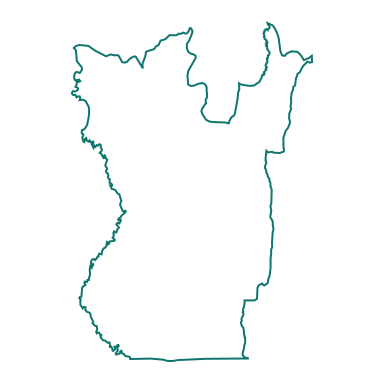 the district of Madimba, Bas-Congo, Democratic Republic of the Congo
{"feature_id": "63176286B8336769847246", "entity_name": "Madimba", "entity_type": "district", "adm_level": 2, "iso_a3": "COD", "parent_name": "Democratic Republic of the Congo", "parent_adm1": "Bas-Congo", "projection": "equal_earth", "projection_center": [15.601, -5.373], "detail": "fine", "context": "isolated", "style": "outline", "palette": "teal", "viewbox_px": 384, "rotation_deg": 0, "n_neighbors": 0, "source": "geoboundaries", "source_scale": "gbopen_adm2", "svg_char_len": 5803}
<svg xmlns="http://www.w3.org/2000/svg" viewBox="0 0 384 384"><path d="M82.0,130.0L81.6,132.2L82.0,133.6L83.1,134.2L83.4,135.2L82.3,137.5L83.3,141.5L84.4,142.1L84.9,139.0L86.1,138.0L86.8,140.5L88.5,141.6L89.5,140.4L90.5,142.1L93.3,141.6L93.3,143.4L92.0,143.4L91.6,144.1L93.5,147.7L94.1,145.5L94.9,147.1L95.8,146.6L96.7,145.1L98.1,145.6L99.3,144.2L100.6,144.9L100.9,147.6L101.9,149.6L101.6,150.9L99.7,152.8L101.2,153.7L104.0,158.9L104.0,155.8L104.5,155.3L105.2,155.9L105.6,158.0L107.2,159.9L105.3,165.1L105.5,166.1L107.0,168.1L107.0,169.3L106.1,170.4L105.9,171.6L106.4,172.7L107.9,173.5L108.3,175.7L107.9,177.1L108.6,178.6L109.9,179.3L109.5,181.8L110.0,183.4L111.1,183.5L112.2,184.8L111.9,185.7L110.2,185.7L111.8,188.9L115.2,189.9L117.4,193.3L119.3,194.3L121.3,200.8L120.1,204.3L120.4,205.8L122.8,211.1L123.7,211.6L124.9,210.7L125.5,210.9L125.8,211.8L121.2,216.1L120.6,217.3L118.4,218.6L118.2,219.7L118.5,220.3L120.6,219.7L120.9,220.7L119.3,223.4L117.7,222.9L116.3,224.2L119.0,227.5L117.2,229.5L116.4,232.4L115.7,232.6L114.0,231.4L113.3,233.3L114.0,235.2L112.6,238.0L114.6,239.3L114.8,240.1L114.3,240.7L109.6,241.5L108.7,244.2L108.1,244.4L108.0,242.6L107.0,242.0L106.3,246.2L105.1,247.7L103.4,248.6L102.0,251.5L101.7,254.3L99.3,253.6L98.5,255.2L98.6,256.5L97.5,256.6L96.6,258.5L95.1,260.1L94.1,259.1L92.0,259.5L90.9,262.2L91.2,263.1L90.9,264.7L91.9,265.0L92.9,264.0L93.3,265.0L92.4,266.0L91.7,267.8L90.9,266.6L90.1,266.5L89.7,270.2L90.1,275.2L89.3,276.5L88.9,280.0L87.5,279.9L86.9,282.0L84.7,281.6L84.5,283.2L85.5,284.9L83.2,286.3L82.2,287.7L81.4,296.4L80.8,297.4L79.7,297.2L79.3,298.2L80.7,300.0L80.3,301.1L80.4,304.9L82.8,308.4L83.6,307.0L85.4,307.1L85.4,310.1L86.9,311.8L89.5,312.7L90.3,313.6L90.8,316.7L93.2,321.6L92.5,322.9L93.0,323.8L93.8,324.1L94.6,325.7L96.7,326.1L97.2,329.2L96.2,331.9L96.9,333.3L98.1,332.5L99.1,332.7L100.0,334.6L101.1,334.7L101.4,335.7L100.7,336.1L100.5,337.4L103.2,340.4L105.4,340.7L107.7,342.8L109.4,342.4L109.9,344.1L109.9,346.9L111.1,346.5L112.2,348.3L112.6,350.6L113.2,350.9L115.3,349.0L114.5,346.8L116.3,346.8L117.5,345.2L118.4,345.0L118.6,346.1L117.8,346.6L117.5,347.8L117.7,350.8L115.7,353.3L116.3,354.6L119.7,353.6L120.5,351.1L121.4,350.8L122.1,353.5L123.8,353.9L124.8,355.6L125.9,356.2L129.0,356.6L129.9,357.2L130.2,359.0L150.8,358.6L163.5,359.7L167.4,360.9L172.7,361.0L177.8,360.1L205.6,358.8L248.7,358.5L244.0,357.0L242.7,354.9L242.6,353.5L244.1,347.9L244.3,344.9L245.1,343.3L245.2,337.6L244.4,336.8L244.6,335.6L243.9,334.1L244.0,331.9L243.2,327.4L242.0,326.3L241.0,323.4L241.1,322.0L241.8,320.9L241.4,319.0L243.7,313.8L242.6,312.1L243.2,311.3L243.1,308.6L243.8,307.6L244.6,302.9L244.6,300.4L254.7,300.4L257.0,298.8L257.5,287.7L258.5,285.5L262.1,283.5L263.6,285.2L264.6,285.4L267.6,283.1L268.6,278.0L269.5,276.3L270.6,267.5L270.6,258.2L271.3,252.5L271.0,251.1L271.6,248.2L272.2,247.4L272.0,242.9L272.7,232.0L273.5,229.5L272.7,224.4L272.8,222.2L271.9,219.6L270.5,218.1L270.3,216.5L271.3,210.6L270.4,205.9L271.3,203.7L271.7,189.9L270.4,185.8L270.4,182.8L269.6,181.2L269.2,178.5L268.0,177.0L267.3,174.1L266.1,172.0L266.3,170.5L265.0,168.0L264.9,166.7L266.1,163.3L266.2,161.7L265.6,160.9L265.6,158.2L266.4,150.8L268.1,152.4L272.1,151.8L273.8,152.7L279.8,153.0L283.4,151.7L284.1,150.6L283.5,147.2L283.4,137.9L285.8,130.6L287.9,128.1L289.9,122.9L289.9,121.4L289.1,118.2L289.3,113.6L291.0,109.2L290.6,105.5L291.2,103.0L291.0,98.3L291.7,92.5L293.0,90.2L293.3,87.0L295.1,85.3L296.0,78.0L297.1,76.1L297.4,74.1L299.7,72.3L303.1,66.0L307.4,61.7L309.9,62.7L312.1,62.0L311.8,55.8L309.1,57.9L303.9,60.1L300.4,54.6L297.5,51.9L291.5,51.3L286.5,53.7L284.7,55.9L282.0,55.3L280.3,50.9L278.8,38.6L277.5,34.2L275.0,28.7L272.8,25.5L267.5,23.0L267.9,24.4L269.2,25.8L269.7,27.6L268.3,29.3L267.6,29.2L267.6,29.7L266.9,29.0L265.7,30.1L265.2,29.8L265.0,30.6L264.3,30.8L264.5,31.8L263.8,33.0L264.1,33.0L263.8,33.8L264.3,35.1L264.0,36.4L264.5,37.1L264.1,37.3L264.7,39.0L266.6,40.3L267.4,42.7L266.9,42.9L267.0,44.6L266.6,44.1L266.7,44.7L266.3,44.7L266.7,45.2L266.2,46.0L266.9,46.2L267.4,48.6L267.1,49.0L269.6,52.2L269.4,53.9L268.8,55.3L268.0,55.3L267.9,57.0L267.0,58.3L267.6,58.7L266.9,60.0L267.4,60.8L267.3,62.3L266.6,62.8L266.7,63.5L266.2,63.8L265.5,65.5L266.6,66.8L266.3,66.9L266.5,68.4L265.9,68.4L266.1,69.6L265.7,69.5L264.7,72.0L263.9,72.1L263.7,73.2L263.9,73.7L264.3,73.3L264.3,74.1L263.7,74.1L263.6,75.0L262.1,75.1L261.8,77.2L259.4,81.8L254.3,85.4L250.0,85.9L245.4,85.3L240.7,84.4L239.0,83.3L239.3,89.5L238.1,92.4L237.6,98.8L234.9,113.4L233.9,115.6L231.3,117.4L229.3,121.2L228.8,123.3L225.4,122.5L212.4,122.0L209.1,121.4L206.0,119.7L202.4,114.1L201.4,111.4L201.9,109.2L205.1,104.1L206.2,103.3L205.7,101.9L205.8,99.2L207.0,97.5L206.9,91.8L206.4,89.8L206.8,88.1L206.2,86.0L204.8,84.1L202.3,83.0L198.2,83.8L193.9,85.7L190.8,85.9L188.2,84.6L187.5,75.8L188.3,70.9L195.7,57.9L195.5,55.7L193.4,54.3L190.9,53.7L188.2,51.7L186.9,48.1L186.8,44.2L189.4,40.1L192.3,32.6L192.4,31.0L191.0,28.3L190.2,28.0L189.6,28.6L188.3,31.8L186.9,33.4L185.3,33.6L183.2,32.6L180.8,33.8L178.8,33.7L176.3,35.3L169.4,35.2L165.4,39.2L160.6,40.6L158.9,44.4L157.9,45.5L156.2,46.1L154.2,49.1L146.8,51.4L146.0,52.1L145.2,56.7L142.6,63.3L142.4,65.5L142.9,68.4L135.8,56.7L134.1,56.4L132.3,57.2L129.8,58.8L126.8,61.9L124.8,62.6L122.2,62.2L118.8,56.0L117.5,55.1L114.6,55.4L110.8,54.4L106.1,56.3L95.3,50.8L88.4,45.9L79.1,45.0L75.7,46.2L73.8,48.0L75.9,50.2L76.8,60.7L77.4,62.0L81.7,67.2L82.1,68.8L81.8,70.1L79.7,73.0L76.9,71.9L75.5,72.6L74.5,74.6L74.1,77.3L74.4,79.0L75.4,80.4L79.0,79.6L80.2,81.1L78.3,82.0L76.8,81.8L76.7,84.3L75.5,86.9L77.9,87.9L78.1,89.2L77.6,90.1L74.9,91.6L73.0,91.1L71.9,92.8L72.2,94.0L73.3,95.0L75.4,94.9L76.5,97.3L78.5,96.3L79.6,96.3L80.3,98.0L79.7,100.1L82.6,99.7L85.5,100.9L88.5,106.3L89.2,108.9L88.8,116.5L87.2,124.6L85.3,128.1L83.7,129.6L82.0,130.0Z" fill="none" stroke="#0f766e" stroke-width="2"/></svg>